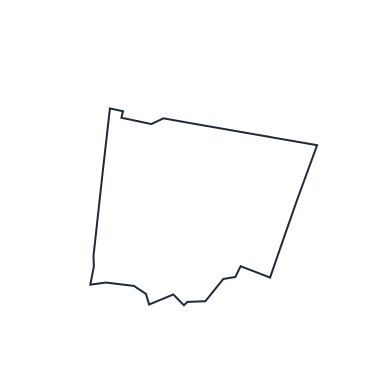 Walton, Georgia, United States of America (Mercator projection), rotated 153°
{"feature_id": "52423323B14097412189551", "entity_name": "Walton", "entity_type": "district", "adm_level": 2, "iso_a3": "USA", "parent_name": "United States of America", "parent_adm1": "Georgia", "projection": "mercator", "projection_center": [-83.731, 33.763], "detail": "fine", "context": "isolated", "style": "outline", "palette": "slate", "viewbox_px": 384, "rotation_deg": 153, "n_neighbors": 0, "source": "geoboundaries", "source_scale": "gbopen_adm2", "svg_char_len": 541}
<svg xmlns="http://www.w3.org/2000/svg" viewBox="0 0 384 384"><g transform="rotate(153 192 192)"><path d="M59.3,176.9L96.3,204.6L96.7,205.0L111.6,216.1L165.9,256.9L184.0,270.6L197.4,271.0L221.2,290.2L216.8,295.3L227.2,303.7L261.8,251.4L308.7,179.9L313.3,170.1L324.7,155.6L309.8,150.4L286.4,134.7L279.3,122.1L281.3,111.2L255.2,109.2L250.6,94.8L246.1,96.2L229.7,88.6L203.6,100.3L191.9,96.6L184.4,102.3L182.3,103.7L161.3,80.3L130.1,110.3L122.3,117.8L109.1,130.4L100.3,138.8L59.3,176.9Z" fill="none" stroke="#1e293b" stroke-width="2"/></g></svg>